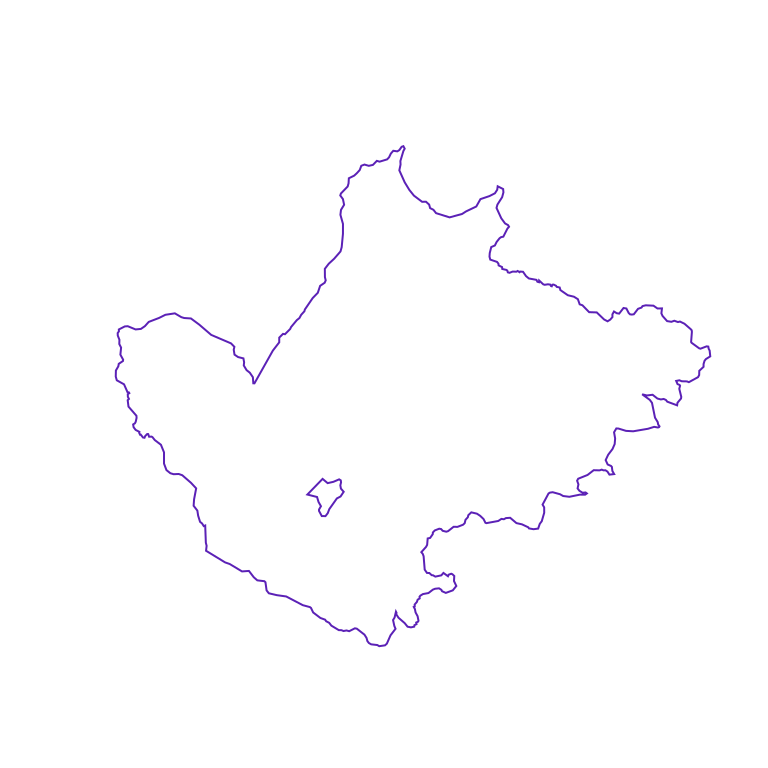 Mutshatsha, Katanga, Democratic Republic of the Congo, rotated 131°
{"feature_id": "63176286B57018267641486", "entity_name": "Mutshatsha", "entity_type": "district", "adm_level": 2, "iso_a3": "COD", "parent_name": "Democratic Republic of the Congo", "parent_adm1": "Katanga", "projection": "albers", "projection_center": [25.024, -10.86], "detail": "fine", "context": "isolated", "style": "outline", "palette": "violet", "viewbox_px": 768, "rotation_deg": 131, "n_neighbors": 0, "source": "geoboundaries", "source_scale": "gbopen_adm2", "svg_char_len": 6167}
<svg xmlns="http://www.w3.org/2000/svg" viewBox="0 0 768 768"><g transform="rotate(131 384 384)"><path d="M160.2,427.9L163.1,426.0L167.3,425.4L173.0,427.7L181.2,432.5L189.5,430.8L199.9,435.3L204.4,436.6L215.2,443.8L220.9,456.8L220.1,461.0L221.0,464.6L219.0,467.6L218.9,471.9L221.5,474.8L222.2,485.0L220.9,492.2L218.2,500.7L212.7,512.6L207.5,515.5L205.0,517.9L195.5,522.2L192.8,522.8L191.8,525.4L193.4,526.3L197.5,525.9L199.7,526.6L201.9,530.0L205.6,530.0L209.6,528.9L212.4,529.0L219.1,533.2L220.3,535.8L225.9,536.1L229.3,538.6L231.2,542.7L234.2,544.3L238.4,542.7L242.8,542.8L246.3,543.2L251.8,545.5L255.8,542.4L258.8,541.0L268.5,541.5L270.4,540.7L271.4,536.3L274.9,531.7L280.8,530.7L284.9,527.9L290.1,520.0L297.6,513.5L308.5,505.7L312.5,503.8L322.2,503.8L329.5,504.6L335.9,504.2L342.1,498.7L344.0,496.0L346.5,495.2L351.8,496.6L358.6,493.8L365.9,494.2L379.7,492.6L381.3,491.8L386.1,491.9L389.7,491.1L393.0,491.7L402.0,491.5L404.0,490.9L411.4,491.4L412.4,493.1L417.7,493.5L421.3,490.4L431.7,489.8L468.5,482.2L469.2,483.1L464.9,487.4L463.5,492.7L463.7,496.8L462.0,502.0L459.4,503.8L456.9,506.9L459.4,511.8L459.9,516.1L456.7,519.9L454.1,521.3L453.7,526.1L460.3,546.6L460.4,562.4L461.2,572.7L465.3,578.1L466.5,580.8L467.9,588.2L475.2,594.4L481.7,597.1L491.5,602.3L497.2,602.4L501.9,603.6L505.8,607.3L508.5,615.3L510.6,617.4L516.8,619.9L518.2,618.6L520.3,618.4L522.1,616.7L524.2,612.7L527.5,610.0L529.0,606.3L534.8,602.2L536.8,596.8L537.9,596.1L542.8,597.4L545.0,596.1L549.7,595.2L554.4,591.3L556.5,588.1L554.8,580.0L558.4,572.3L557.7,571.0L558.0,570.2L559.8,570.7L561.7,568.9L562.6,566.7L564.4,566.8L568.7,562.0L570.4,550.0L571.9,548.5L575.4,546.6L577.1,546.2L579.1,546.8L580.9,544.6L581.6,541.3L580.6,537.2L581.5,536.7L582.3,534.8L581.8,534.4L582.5,530.8L581.7,529.5L579.9,530.1L577.1,529.9L576.5,529.1L577.9,526.7L576.2,524.9L576.0,523.9L576.7,520.2L576.2,512.5L579.9,505.2L588.4,497.8L591.7,491.7L591.5,486.7L590.1,483.6L586.6,479.9L585.2,476.4L585.2,464.8L586.0,457.3L595.6,451.7L600.8,447.8L602.0,441.8L605.3,437.9L608.7,432.4L608.6,429.8L609.5,426.8L608.1,426.1L620.7,414.3L622.5,411.7L626.6,408.9L622.9,386.9L621.1,382.4L618.6,368.2L613.7,363.3L615.3,355.4L615.3,350.8L611.3,344.9L611.4,343.4L616.8,337.2L617.5,333.6L613.7,326.4L608.5,318.4L604.2,300.2L601.0,293.6L600.9,292.2L602.9,287.6L602.3,278.5L600.5,273.8L601.0,272.0L600.2,268.7L600.9,265.2L599.4,256.6L597.7,254.6L597.0,252.5L594.6,250.6L593.4,248.1L587.5,245.7L586.5,244.0L586.0,234.3L587.1,230.6L588.9,227.9L589.4,225.5L588.9,222.9L585.4,217.8L585.0,215.6L580.6,211.8L578.1,211.5L569.4,214.2L561.2,214.7L559.8,217.5L556.2,222.3L553.3,222.8L548.0,225.6L548.5,224.4L549.7,223.8L550.9,219.7L550.9,211.5L551.7,207.0L550.0,204.0L547.3,202.0L546.0,202.8L543.9,201.9L542.9,203.2L541.1,202.4L540.1,202.6L537.2,206.3L535.7,210.3L533.6,213.0L532.7,215.3L531.7,214.9L530.3,216.2L526.9,216.2L524.7,217.1L522.4,216.4L521.3,217.6L519.9,217.7L517.0,216.8L512.6,213.3L507.1,212.2L505.0,211.1L502.1,208.4L501.7,205.7L502.3,204.2L501.1,200.3L494.6,196.7L489.0,196.9L486.8,201.9L482.8,205.0L482.7,207.6L483.1,208.8L485.5,210.1L487.1,209.6L487.6,215.2L490.8,215.2L495.7,218.9L496.2,221.5L497.0,222.6L496.9,225.8L498.4,227.6L497.4,231.5L488.0,241.1L486.8,243.3L486.4,245.5L479.4,245.4L477.1,245.9L471.9,249.7L469.9,248.2L465.3,248.7L464.0,249.7L461.2,249.6L457.0,247.4L456.0,245.7L456.3,243.4L454.6,240.1L453.0,239.1L446.1,237.8L443.6,234.8L438.3,232.0L436.1,231.8L433.0,233.4L429.6,233.3L427.7,234.3L423.6,233.9L420.9,228.8L420.4,224.9L420.6,220.3L422.2,216.4L421.8,215.4L412.4,207.9L408.8,206.9L407.4,204.8L405.2,204.0L402.2,201.0L402.1,192.8L399.4,187.8L397.5,181.1L397.9,179.9L395.5,175.9L392.0,172.8L387.3,174.7L384.1,174.9L376.1,178.6L372.0,182.2L371.0,185.2L358.7,188.0L357.1,187.5L355.0,185.7L351.7,178.8L351.0,175.3L347.5,170.1L338.9,163.5L335.6,159.6L333.5,159.1L333.6,160.7L335.8,162.8L336.4,166.5L335.8,169.4L332.2,171.4L330.3,174.8L328.1,175.3L319.1,170.7L311.5,169.2L307.7,164.6L305.8,163.5L305.2,161.8L303.8,160.2L303.5,157.9L304.5,154.4L301.0,151.2L299.8,154.6L297.1,157.6L296.9,158.9L298.0,162.4L296.0,166.8L290.3,168.4L283.1,168.9L278.0,170.5L273.5,173.8L269.5,178.7L265.1,179.5L263.8,177.8L260.6,170.6L256.2,164.9L244.6,155.4L239.1,152.0L237.1,148.7L236.0,148.1L235.2,148.3L234.7,150.5L233.2,152.4L231.6,157.4L222.4,169.4L221.6,173.0L222.4,182.4L220.2,178.1L215.9,174.2L215.6,168.1L214.0,164.9L211.8,163.1L211.1,160.8L211.5,158.6L207.8,148.8L205.6,150.2L200.1,150.3L198.7,151.2L193.9,158.0L191.1,159.4L190.8,160.3L191.5,162.4L190.0,165.5L187.4,163.5L186.6,161.1L183.3,157.1L182.6,155.1L172.8,151.5L170.5,152.0L167.2,154.7L161.4,154.1L159.3,155.9L156.2,157.3L154.0,157.4L149.1,155.9L145.1,160.2L144.4,162.1L143.0,163.8L143.9,165.2L149.7,168.3L150.3,169.6L151.1,178.9L150.8,179.8L142.7,185.8L141.6,187.0L141.4,188.3L141.4,196.8L142.7,201.6L144.4,202.8L145.8,206.4L148.5,207.9L150.8,211.6L149.9,218.4L148.7,221.0L144.6,223.8L147.6,227.2L148.1,232.0L152.9,238.1L155.6,240.0L157.4,239.8L160.6,241.6L167.5,241.2L169.0,242.5L170.0,244.0L169.9,245.9L168.0,250.6L169.5,253.1L176.6,252.7L177.9,254.8L178.4,258.0L181.6,257.3L183.6,255.5L187.0,255.5L190.0,256.4L190.9,260.2L190.4,270.4L195.2,276.3L194.4,285.9L195.5,288.6L192.8,293.3L193.5,297.9L196.4,303.5L197.4,312.5L195.9,314.7L197.4,317.4L197.0,318.6L197.7,321.2L198.5,322.0L200.2,321.5L200.5,322.3L199.9,323.7L201.2,325.7L203.7,327.8L204.3,329.2L204.1,334.8L205.5,333.8L206.2,335.3L205.4,337.3L209.3,343.9L209.4,347.6L208.1,352.7L209.8,355.0L210.7,355.0L211.0,357.3L212.3,357.7L214.8,360.7L217.7,362.2L218.5,363.8L217.5,365.4L217.6,366.5L219.6,370.2L218.3,371.6L219.3,375.3L218.1,376.6L217.7,378.8L220.4,385.4L218.7,387.9L215.8,390.1L210.3,392.9L206.7,391.2L202.9,392.2L198.2,392.4L196.4,392.0L194.5,390.6L185.8,392.8L183.3,392.8L182.7,394.6L183.4,398.0L182.0,404.2L177.3,414.6L174.2,416.1L165.5,417.4L161.0,419.6L158.7,422.0L160.2,427.9ZM524.5,344.3L522.4,349.8L521.3,350.7L517.6,351.4L516.0,356.0L513.2,360.4L517.7,369.3L495.9,368.1L495.8,361.5L491.0,358.0L485.4,355.3L485.1,353.4L486.4,351.9L489.1,350.5L491.2,347.9L491.8,343.7L497.4,343.0L501.3,344.5L514.3,343.2L518.4,341.7L522.1,341.5L524.5,344.3Z" fill="none" stroke="#5b21b6" stroke-width="2"/></g></svg>